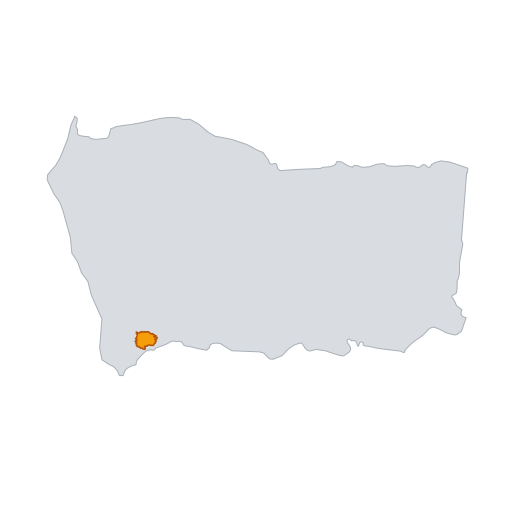 location of Adaklu, Volta, Ghana, rotated 95°
{"feature_id": "2480657B20696154785284", "entity_name": "Adaklu", "entity_type": "district", "adm_level": 2, "iso_a3": "GHA", "parent_name": "Ghana", "parent_adm1": "Volta", "projection": "robinson", "projection_center": [0.49, 6.441], "detail": "fine", "context": "in_parent", "style": "filled", "palette": "amber", "viewbox_px": 512, "rotation_deg": 95, "n_neighbors": 0, "source": "geoboundaries", "source_scale": "gbopen_adm2", "svg_char_len": 6243}
<svg xmlns="http://www.w3.org/2000/svg" viewBox="0 0 512 512"><g transform="rotate(95 256 256)"><path d="M312.8,44.7L316.6,48.8L317.4,51.1L316.0,59.8L313.3,65.9L311.5,71.6L311.7,74.4L313.4,77.3L319.1,81.7L322.1,84.6L325.6,89.1L329.5,93.4L336.4,99.0L339.3,100.0L339.1,101.5L338.2,103.7L337.5,124.6L337.0,130.0L336.5,132.7L335.9,140.5L335.2,141.6L333.9,141.5L332.7,141.8L332.4,143.4L332.9,145.0L337.0,146.1L336.1,147.3L333.0,148.3L331.6,150.7L332.2,153.4L330.6,155.5L331.0,157.0L332.1,158.0L333.9,157.6L338.7,154.0L340.7,153.6L343.2,154.4L347.8,159.9L348.0,162.6L346.1,171.8L344.3,178.9L343.9,188.3L345.9,193.6L345.6,196.5L343.5,199.1L338.8,202.7L339.1,205.2L341.3,209.9L345.3,215.1L353.1,221.5L357.3,229.8L357.4,233.2L355.0,236.6L352.1,239.6L351.2,243.9L352.5,271.9L346.3,284.0L346.2,287.5L346.8,291.5L348.5,293.9L351.7,294.6L354.2,297.0L353.3,305.5L352.0,314.2L351.7,318.4L351.0,320.4L348.5,322.0L347.6,324.8L348.3,328.2L347.8,330.7L349.1,333.9L351.9,338.0L356.5,348.0L358.2,348.8L359.0,350.9L358.5,352.9L360.3,357.4L365.3,361.8L370.6,365.7L374.9,366.2L376.0,369.7L378.8,374.1L380.8,376.1L384.1,377.3L386.8,378.0L386.9,381.7L382.1,384.3L378.8,388.1L376.3,394.0L372.9,400.4L361.0,403.8L356.4,403.8L332.1,404.0L309.2,416.7L296.1,421.2L288.0,428.3L277.1,433.4L269.5,439.6L253.8,442.5L227.9,452.2L219.8,456.0L211.6,462.8L198.3,470.7L193.1,470.6L182.7,463.2L174.8,459.5L155.7,453.8L141.4,451.7L134.5,449.2L132.6,448.8L134.2,446.2L138.2,446.0L142.4,446.8L145.5,444.8L150.2,444.5L151.4,442.4L151.8,437.1L151.8,432.8L153.4,430.8L153.8,425.8L151.6,414.5L149.9,413.2L141.6,411.7L141.0,409.4L139.5,407.1L137.9,401.3L136.1,392.7L133.2,382.0L127.6,364.4L126.2,358.1L125.3,351.8L125.1,344.2L126.3,341.4L126.1,337.5L125.6,333.6L129.6,324.6L137.3,313.7L139.0,309.7L140.4,306.9L140.6,303.0L142.0,290.2L145.8,274.7L148.1,268.9L149.7,265.8L151.6,260.6L152.1,258.2L159.2,252.1L162.5,250.5L163.3,248.1L162.1,245.5L162.6,243.7L164.3,242.9L167.0,242.1L168.9,239.6L165.9,220.6L163.5,201.6L163.4,200.0L161.9,197.3L160.5,189.5L158.1,184.9L154.8,183.6L154.8,179.2L158.2,171.9L159.1,167.6L157.4,166.4L157.2,163.0L158.4,157.6L157.8,154.3L157.2,150.8L153.7,142.5L152.9,136.6L154.7,133.1L154.6,125.6L152.8,114.0L152.5,106.6L153.8,103.6L153.2,100.7L150.6,97.9L150.4,95.2L152.6,92.6L152.4,90.6L149.6,89.1L147.2,85.5L145.1,79.8L145.6,70.7L149.7,54.0L150.2,52.6L154.8,52.7L154.8,53.4L169.1,53.3L185.4,53.1L204.9,52.9L222.6,52.7L223.4,51.9L226.3,51.0L244.3,52.7L255.5,51.8L260.2,52.4L263.7,53.5L271.4,52.8L275.5,53.2L278.6,57.4L279.9,57.4L281.6,55.6L284.7,53.6L287.9,52.0L290.1,48.7L291.5,46.2L293.5,46.8L296.5,46.6L298.4,44.5L299.2,41.3L312.8,44.7Z" fill="#d9dde1" stroke="#a8b0b8" stroke-width="1"/><path d="M351.2,348.9L351.2,349.0L350.7,348.7L350.1,348.2L349.8,348.1L349.4,348.1L349.1,348.6L349.1,348.8L348.6,349.0L347.9,349.3L347.7,349.4L347.7,349.2L347.6,348.9L347.6,348.6L347.6,348.4L347.5,348.1L347.5,347.9L347.5,347.7L346.1,347.4L346.0,347.5L345.9,347.6L345.6,347.5L345.5,347.8L345.6,348.3L345.7,348.6L345.8,348.8L345.7,349.1L345.6,349.3L345.7,349.5L345.6,349.8L345.4,350.0L345.3,350.5L345.2,350.6L345.0,350.4L344.8,350.3L344.7,350.1L344.5,349.9L344.5,349.7L344.5,349.4L344.3,349.0L344.1,348.9L344.1,349.2L343.8,350.0L343.4,350.4L343.4,350.5L343.2,350.9L343.2,351.1L342.9,351.3L343.1,351.7L342.9,351.8L342.6,352.5L342.4,352.5L342.4,352.8L342.6,352.9L342.7,353.2L342.8,353.4L342.8,353.5L342.8,353.8L342.7,354.0L342.5,354.3L342.4,354.4L342.3,354.6L342.1,354.7L342.1,354.8L342.0,355.0L341.8,355.1L341.7,355.3L341.3,355.8L341.0,356.2L341.0,356.3L341.1,356.5L340.9,356.7L340.9,356.8L341.0,357.3L340.9,357.3L340.9,358.0L341.0,358.1L341.3,358.2L341.3,358.5L341.4,358.8L341.4,359.0L341.2,359.1L341.2,359.3L341.1,359.5L341.2,359.8L341.3,360.0L341.5,360.5L341.4,360.7L341.4,360.8L341.2,360.8L341.1,361.0L341.3,361.3L341.4,361.2L341.5,361.3L341.5,361.5L341.6,361.8L341.6,362.0L341.4,362.2L341.4,362.3L341.4,362.5L341.5,362.7L341.3,363.2L341.4,363.3L341.5,363.4L341.6,363.6L341.8,363.8L341.7,363.9L341.7,364.0L341.8,364.0L341.9,364.3L341.8,364.5L342.0,364.8L342.3,364.7L342.4,364.8L342.5,364.9L342.5,365.0L342.8,365.4L342.9,365.9L342.9,366.0L343.0,366.0L343.0,366.3L343.0,366.6L343.1,366.8L342.9,366.9L342.9,367.0L342.9,367.3L343.0,367.4L342.9,367.5L342.6,367.8L342.6,367.7L342.4,367.9L342.3,368.0L342.2,368.1L342.2,368.3L342.2,368.5L342.3,368.5L342.4,368.4L342.6,368.4L342.9,368.2L342.9,368.3L343.0,368.4L343.4,368.5L343.5,368.4L343.8,368.2L344.0,367.9L344.1,367.7L344.3,367.6L344.5,367.5L344.8,367.6L345.0,367.5L345.3,367.5L345.4,367.4L345.5,367.4L345.8,367.3L346.0,367.3L346.4,367.5L346.5,367.5L346.8,367.7L346.9,367.8L347.1,367.8L347.4,367.9L347.5,367.9L347.7,368.0L347.9,368.1L348.1,368.2L348.3,368.3L348.6,368.7L348.8,368.8L349.0,368.3L349.0,368.2L349.1,367.7L349.4,367.8L349.6,367.8L349.9,367.6L350.0,367.6L350.8,367.4L350.7,367.8L350.6,368.2L350.6,368.3L350.8,368.4L351.0,368.4L351.2,368.5L351.3,368.5L351.5,368.6L351.6,368.8L352.0,368.5L352.1,368.4L352.3,368.1L352.8,367.5L353.0,367.3L353.1,367.5L353.1,367.9L353.1,368.0L353.5,368.0L354.0,367.6L354.5,367.4L355.0,367.3L355.2,367.2L355.5,366.9L355.7,366.5L355.9,366.7L355.9,366.8L356.0,366.7L356.3,366.6L356.5,366.5L356.6,366.4L356.6,366.1L356.5,365.9L356.4,365.8L356.4,365.7L356.5,365.6L356.5,365.4L356.7,365.1L356.7,364.9L356.8,364.9L356.9,364.7L357.0,364.5L357.1,364.4L357.2,363.4L357.5,363.1L358.0,362.9L358.0,362.6L357.9,362.3L357.8,362.1L357.7,361.9L357.7,361.7L357.7,361.3L357.7,361.1L358.0,360.9L358.2,360.7L358.4,360.6L358.3,360.3L358.4,359.5L358.7,359.4L358.7,359.2L358.6,358.7L358.4,358.5L358.1,358.3L357.9,358.2L357.7,358.2L357.6,358.3L357.4,358.4L357.1,358.6L356.8,358.6L356.5,358.8L356.2,358.8L355.9,359.0L355.9,358.9L355.9,358.6L355.7,358.5L355.7,358.4L355.4,358.3L355.4,358.2L355.4,357.5L355.4,357.3L355.4,357.1L355.4,356.9L355.3,356.7L355.2,356.6L354.8,356.5L354.7,356.4L354.5,356.0L354.3,355.4L354.1,355.1L354.0,354.9L354.0,354.7L353.9,354.4L354.0,354.3L354.0,354.1L354.1,353.6L354.0,353.3L354.0,353.2L354.2,352.8L354.1,352.7L354.1,352.4L354.1,352.2L354.1,351.8L354.1,351.6L354.1,351.4L354.1,351.1L354.0,350.8L354.0,350.7L353.9,350.5L353.3,350.1L353.2,350.0L353.1,349.9L352.5,349.7L351.9,349.3L351.5,349.1L351.4,349.0L351.4,348.9L351.2,348.9Z" fill="#f59e0b" stroke="#b45309" stroke-width="1.5"/></g></svg>